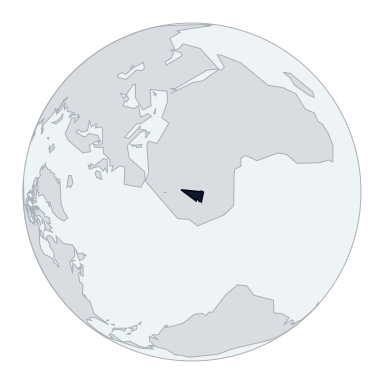 globe centered on Hodh ech Chargui, rotated 282°
{"feature_id": "MRT-2796", "entity_name": "Hodh ech Chargui", "entity_type": "Region", "adm_level": 1, "iso_a3": "MRT", "parent_name": "Mauritania", "parent_adm1": "", "projection": "orthographic", "projection_center": [-6.332, 19.309], "detail": "fine", "context": "on_globe", "style": "filled", "palette": "ink", "viewbox_px": 384, "rotation_deg": 282, "n_neighbors": 0, "source": "natural_earth", "source_scale": "10m", "svg_char_len": 10124}
<svg xmlns="http://www.w3.org/2000/svg" viewBox="0 0 384 384"><g transform="rotate(282 192 192)"><circle cx="192" cy="192" r="169" fill="#eef3f6" stroke="#a8b0b8"/><path d="M169.4,24.6L165.2,25.4L145.5,30.3L144.0,31.9L128.6,40.1L131.8,39.3L128.0,42.6L130.3,43.1L126.8,45.0L131.7,43.8L134.5,42.0L137.5,41.0L139.2,41.3L134.9,43.6L133.5,43.8L133.1,44.6L130.3,45.7L132.6,45.3L127.3,48.4L134.9,45.9L132.7,48.8L128.5,50.7L125.9,49.8L109.9,53.7L104.9,56.2L100.4,60.3L98.3,68.9L94.1,72.4L90.5,77.6L94.2,75.7L98.3,71.1L104.3,69.4L108.7,64.5L111.8,63.2L117.4,58.9L119.8,60.5L119.0,64.6L114.4,68.5L113.9,70.6L120.9,68.0L114.9,76.8L115.3,85.9L113.3,88.4L104.9,90.6L98.3,87.3L87.4,92.0L97.7,90.2L92.7,97.2L93.3,99.1L95.4,99.7L98.6,97.7L97.6,100.6L87.0,103.0L87.8,100.3L91.1,99.4L88.0,98.2L80.8,100.8L78.9,104.6L70.1,105.9L68.6,108.8L65.9,111.1L68.9,106.1L63.3,115.3L52.8,121.2L45.0,138.0L49.1,123.0L48.5,119.6L46.9,117.6L45.5,120.2L45.4,115.1L42.0,117.8L35.9,129.7L32.1,140.9L32.7,144.9L35.1,140.4L36.9,141.8L30.8,155.3L33.1,162.1L30.1,173.2L30.2,180.5L32.5,181.3L34.5,186.5L37.6,181.4L42.0,180.3L40.3,189.9L44.0,182.7L45.5,188.7L55.1,193.4L53.9,195.2L61.7,210.5L72.9,219.7L75.4,227.6L73.9,231.3L78.3,234.0L78.4,236.8L98.5,246.4L110.7,255.9L111.6,265.3L103.9,274.0L103.0,294.2L90.8,297.2L91.7,304.6L89.3,313.2L81.4,309.4L87.8,316.2L86.9,318.0L82.9,316.3L85.8,320.0L83.1,318.6L87.5,322.2L88.6,324.8L94.7,329.6L96.9,331.6L101.0,334.4L99.9,333.6L85.4,323.0L85.2,322.9L84.9,322.7L82.4,320.6L77.6,316.0L77.8,316.5L67.8,305.5L62.6,297.3L49.3,269.1L45.7,262.0L38.7,251.1L29.8,223.5L30.2,215.3L29.1,209.8L32.8,199.6L33.1,186.1L32.2,183.2L30.4,186.7L28.5,174.7L29.5,163.7L32.5,136.3L37.0,124.7L42.4,113.5L48.5,102.8L55.4,92.5L63.1,82.8L71.5,73.6L80.5,65.1L90.1,57.3L100.2,50.1L110.9,43.8L121.9,38.2L133.4,33.5L145.2,29.7L157.2,26.7L169.4,24.6ZM42.4,143.3L45.2,156.5L41.4,154.6L42.5,153.6L42.3,149.0L41.0,143.6L38.3,142.7L42.4,143.3ZM48.7,136.5L48.0,135.0L49.0,135.8L48.7,136.5ZM115.8,58.4L116.6,58.7L115.1,59.3L115.8,58.4ZM117.5,56.4L115.2,57.0L115.7,56.1L117.1,55.8L117.5,56.4ZM120.2,55.9L116.8,54.6L117.7,53.2L123.7,50.8L120.2,55.9ZM134.6,41.4L131.8,43.3L132.7,41.6L134.6,41.4ZM134.5,40.6L132.9,37.6L137.9,35.3L137.5,36.6L142.8,33.8L146.1,34.1L143.9,35.7L139.9,37.0L144.2,36.2L134.5,40.6ZM184.6,23.2L186.0,23.2L183.7,23.3L184.6,23.2ZM138.8,40.5L138.1,40.0L142.4,37.9L144.8,38.6L142.6,39.0L138.8,40.5ZM142.6,33.1L146.3,31.9L149.9,31.7L151.8,31.3L146.6,33.9L142.6,33.1ZM142.4,39.6L145.8,39.1L145.3,40.4L139.9,40.9L142.4,39.6ZM142.5,37.1L144.7,36.2L144.3,36.9L142.5,37.1ZM145.1,45.3L144.1,44.4L146.3,43.2L145.1,45.3ZM147.1,38.8L147.3,38.4L148.1,37.9L150.1,37.9L147.1,38.8ZM149.5,33.7L150.3,34.0L151.9,32.6L154.7,32.7L150.7,34.6L153.6,33.8L154.4,33.8L150.2,35.4L149.5,33.7ZM154.5,36.4L150.3,39.3L151.8,41.1L149.9,42.2L147.9,39.1L154.5,36.4ZM152.3,35.6L153.2,36.3L150.4,37.1L148.1,37.2L152.3,35.6ZM158.0,32.2L154.7,31.6L155.7,31.2L158.0,32.2ZM155.4,36.8L156.4,36.1L155.9,36.8L155.4,36.8ZM157.8,33.3L156.5,33.1L157.7,32.7L157.8,33.3ZM159.4,35.1L158.1,35.9L156.4,35.9L159.4,35.1ZM159.1,34.1L161.0,33.7L156.7,35.4L158.4,34.1L159.1,34.1ZM159.1,33.0L159.4,32.7L159.5,33.1L159.1,33.0ZM166.4,35.0L161.3,37.2L157.7,37.0L163.1,34.8L166.4,35.0ZM101.3,334.6L101.2,334.5L108.6,338.9L108.3,338.8L101.3,334.6ZM106.6,337.3L108.1,337.6L109.9,338.5L109.2,338.6L106.6,337.3ZM346.9,124.6L346.4,123.4L348.9,130.6L354.2,151.5L357.8,167.0L358.4,175.8L351.9,157.5L346.4,143.9L345.7,147.1L337.7,138.5L328.5,145.0L325.8,142.0L324.3,145.1L318.5,143.8L313.8,138.6L310.9,140.6L323.1,154.0L326.0,152.1L326.5,144.1L329.5,149.5L335.0,152.4L334.0,170.1L318.0,192.3L314.1,181.1L289.7,154.2L289.2,150.4L289.0,150.0L288.5,149.4L288.7,155.8L283.7,150.4L299.2,170.0L302.9,179.3L317.8,193.1L316.9,195.4L321.0,197.7L331.3,188.2L331.9,192.2L328.4,213.0L312.2,244.0L313.0,259.3L309.6,273.2L296.6,285.6L294.8,295.2L287.6,300.4L285.2,305.9L277.8,313.0L266.5,320.3L250.5,323.5L251.8,319.0L247.2,310.9L241.9,288.7L248.4,276.6L248.0,267.8L236.1,249.0L238.9,237.0L235.1,232.6L227.7,234.6L223.1,229.2L218.3,229.5L187.2,235.6L176.3,228.2L160.0,204.4L164.6,194.8L163.0,183.5L193.0,144.1L202.0,145.7L228.7,138.0L232.5,138.9L232.3,147.8L254.6,155.2L258.4,147.0L275.7,149.3L285.3,146.6L283.6,129.9L267.7,134.0L262.1,127.0L272.4,117.1L285.8,114.3L284.0,111.6L273.1,107.5L273.7,101.5L269.1,105.8L272.8,108.0L270.0,111.0L266.4,109.2L266.8,107.0L262.0,106.8L261.6,118.2L265.3,121.7L254.4,126.3L259.6,132.7L257.6,136.7L248.0,127.4L247.0,123.4L231.3,114.6L231.4,119.0L246.2,127.9L242.7,127.6L242.8,134.6L239.9,129.1L223.7,119.0L212.2,123.4L201.9,141.5L194.3,143.6L185.9,141.0L185.4,124.0L202.5,121.2L202.5,115.9L195.4,109.1L201.2,109.1L200.4,106.2L206.5,105.1L211.4,97.4L217.1,95.9L215.6,87.4L218.2,85.7L218.4,91.1L221.5,94.3L235.1,91.5L236.7,89.3L234.6,84.2L238.6,84.4L234.8,79.9L241.0,76.6L230.4,77.1L227.6,72.0L229.4,67.4L226.6,65.9L223.7,73.6L224.2,76.7L227.8,79.0L227.6,88.5L223.7,90.8L216.6,81.8L210.3,84.4L207.6,77.0L217.1,59.7L222.9,55.9L239.7,59.2L240.4,62.5L234.6,62.7L243.1,66.8L240.9,64.3L244.2,64.8L242.4,60.6L244.7,60.7L239.1,56.7L241.7,56.5L245.2,59.0L244.8,53.3L249.2,52.2L248.1,50.9L245.5,49.9L252.8,49.5L251.6,48.6L248.8,48.3L244.5,46.5L239.9,43.3L242.7,43.4L244.7,44.5L253.2,47.3L258.3,50.8L258.9,50.5L255.2,47.6L244.8,44.1L241.3,42.2L246.1,43.4L244.1,42.8L243.2,41.9L244.9,41.2L239.5,39.9L225.7,32.0L227.6,30.5L233.5,32.0L226.8,28.2L229.5,27.8L226.8,27.4L221.8,26.1L220.9,26.1L219.3,25.8L206.0,23.6L205.6,23.6L217.6,25.0L229.6,27.3L241.4,30.4L252.8,34.4L264.0,39.2L274.8,44.7L285.2,51.1L295.1,58.2L304.5,65.9L313.3,74.3L321.4,83.4L328.9,93.0L335.7,103.1L341.7,113.6L346.9,124.6ZM186.0,164.0L185.9,167.4L186.0,164.0ZM302.4,119.8L308.8,117.7L301.8,109.2L303.7,107.9L300.6,105.7L301.2,108.7L293.1,102.6L294.3,98.8L291.4,95.1L289.1,95.7L288.1,103.9L299.8,112.4L300.1,116.9L302.4,119.8ZM55.5,193.4L56.4,195.9L54.7,195.1L55.5,193.4ZM39.7,158.0L40.8,159.3L41.0,161.3L39.9,161.0L39.7,158.0ZM52.2,167.2L54.1,169.2L51.6,168.8L52.2,167.2ZM45.9,158.3L50.6,166.0L46.0,166.2L43.2,161.6L45.8,162.5L45.9,158.3ZM45.8,141.3L46.3,142.7L45.3,144.2L45.8,141.3ZM49.4,137.2L49.1,137.0L49.3,135.3L49.4,137.2ZM93.4,97.1L94.2,97.0L95.8,98.1L94.0,98.8L93.4,97.1ZM109.5,97.6L107.5,102.3L107.7,99.1L104.8,100.6L101.4,96.2L112.2,89.5L107.9,93.1L109.5,97.6ZM100.0,89.1L100.9,92.2L99.5,89.1L100.0,89.1ZM189.9,93.1L193.1,94.5L192.5,97.9L185.4,101.1L186.2,96.1L189.9,93.1ZM197.9,95.8L192.9,86.8L197.1,84.9L195.6,87.4L198.9,87.0L197.3,91.1L206.3,98.6L206.3,102.2L193.0,105.4L197.4,102.1L193.9,100.8L197.9,95.8ZM172.6,71.5L170.4,68.7L182.4,67.9L183.0,70.6L175.9,73.7L171.0,72.3L172.6,71.5ZM131.5,52.5L130.0,52.3L131.1,51.6L133.4,51.1L131.5,52.5ZM144.5,45.0L139.7,52.7L137.6,52.8L137.3,57.8L131.7,60.1L132.1,56.7L127.6,62.6L125.7,60.4L123.3,64.5L124.8,56.6L122.9,55.3L127.1,55.8L132.2,53.6L133.9,52.2L137.3,47.7L135.9,44.3L140.7,42.0L144.6,41.3L145.7,41.7L142.1,43.0L146.1,42.7L141.9,44.9L144.5,45.0ZM186.6,40.7L182.1,40.9L189.4,42.8L185.2,44.1L186.3,44.3L184.4,46.2L184.0,48.9L181.7,49.3L182.5,50.3L181.3,51.7L181.7,53.2L177.6,54.6L177.8,56.6L175.8,56.2L177.1,59.4L174.3,57.6L172.4,59.7L176.2,60.3L153.3,66.3L145.9,70.9L141.3,76.0L137.0,73.0L138.7,66.6L143.6,59.6L151.3,55.9L148.0,55.5L150.7,53.7L152.2,54.8L151.6,52.1L154.2,51.0L158.6,46.2L156.0,43.5L157.6,41.9L159.9,42.4L159.8,40.5L165.2,40.5L166.5,39.5L173.1,38.6L176.8,40.6L177.9,39.3L183.0,38.9L186.6,40.7ZM168.3,34.8L173.7,36.3L174.1,37.9L162.5,38.7L160.6,39.7L153.2,40.8L152.8,38.5L154.9,38.4L156.9,37.7L156.3,38.7L158.3,37.5L161.4,37.3L163.8,36.4L164.9,37.1L168.3,34.8ZM235.1,135.1L237.7,135.1L241.4,134.1L241.6,138.6L235.1,135.1ZM223.9,128.3L226.1,127.4L228.1,132.9L225.4,133.2L223.9,128.3ZM225.5,122.6L226.0,127.0L224.1,124.7L225.5,122.6ZM220.2,90.2L222.2,89.1L223.1,90.2L222.8,92.3L220.2,90.2ZM207.3,48.4L204.7,47.9L204.9,47.3L200.8,44.7L203.6,43.8L207.1,45.0L207.3,48.4ZM281.9,133.3L280.1,137.1L278.2,136.0L279.2,134.9L281.9,133.3ZM260.7,138.2L266.4,139.1L260.6,139.5L260.7,138.2ZM209.7,47.0L207.7,46.0L210.3,46.2L209.7,47.0ZM205.4,43.0L208.2,43.0L203.4,43.4L205.4,43.0ZM328.4,263.4L315.0,289.4L310.0,291.7L311.2,285.4L317.7,270.5L324.3,263.9L328.2,256.2L328.4,263.4ZM358.2,168.2L359.8,176.0L359.8,178.6L358.2,168.2ZM230.7,40.7L233.3,44.9L237.1,48.0L242.1,49.6L236.1,49.5L230.4,44.7L230.7,40.7ZM226.0,32.9L221.6,32.0L222.7,31.6L223.9,31.7L226.0,32.9ZM224.0,33.0L220.1,33.6L217.1,32.6L220.7,32.3L224.0,33.0ZM215.1,39.4L215.7,40.7L213.5,40.4L215.1,39.4ZM187.2,23.1L186.1,23.2L185.9,23.2L187.2,23.1ZM218.9,25.9L216.6,25.6L216.4,25.4L218.9,25.9ZM210.2,24.7L212.0,25.2L208.9,24.7L210.2,24.7ZM216.2,26.4L212.2,25.3L217.7,26.4L216.2,26.4Z" fill="#d9dde1" stroke="#a8b0b8" stroke-width="1"/><path d="M191.9,180.8L191.9,181.0L192.0,181.4L192.0,181.7L192.0,182.1L192.1,182.5L192.1,182.8L192.2,183.2L192.2,183.5L192.2,183.9L192.3,184.2L192.3,184.6L192.3,184.9L192.4,185.3L192.4,185.7L192.5,186.0L192.5,186.4L192.5,186.7L192.6,187.1L192.6,187.6L192.7,188.0L192.7,188.5L192.8,188.9L192.8,189.2L192.9,189.6L192.9,190.0L192.9,190.3L193.0,190.7L193.0,191.1L193.1,191.4L193.1,191.9L193.1,192.0L193.2,192.4L193.2,192.5L193.2,192.8L193.2,193.1L193.3,193.4L193.3,193.6L193.3,193.9L193.4,194.2L193.4,194.5L193.4,195.0L193.5,195.3L193.5,195.5L193.5,195.8L193.6,196.1L193.6,196.4L193.6,196.6L193.6,196.9L193.7,197.2L193.7,197.4L193.7,197.7L193.8,197.9L193.8,198.2L193.8,198.5L193.9,199.0L193.9,199.3L193.9,199.5L194.0,199.8L194.0,200.1L194.1,200.3L194.3,200.4L194.4,200.5L194.5,200.6L194.7,200.8L194.8,200.8L194.7,201.2L194.7,201.5L194.6,202.0L194.5,202.3L194.4,202.6L194.4,202.9L194.3,203.2L193.9,203.2L193.5,203.2L193.3,203.2L193.1,203.2L192.9,203.2L192.7,203.2L192.3,203.2L192.0,203.2L191.9,203.2L191.5,203.2L191.0,203.2L190.6,203.2L190.1,203.2L189.6,203.2L189.1,203.2L188.6,203.2L188.1,203.2L187.7,203.2L187.2,203.2L186.8,203.2L186.3,203.2L185.9,203.2L185.5,203.2L185.3,203.2L185.1,203.2L184.9,203.2L184.7,203.2L184.4,203.2L184.5,203.1L184.5,202.1L184.4,201.8L184.3,201.5L184.8,200.8L184.8,200.5L185.2,200.1L185.3,199.9L185.8,199.4L186.5,198.7L186.0,198.2L185.6,197.7L184.1,197.9L187.4,190.7L191.9,180.8L191.9,180.8Z" fill="#0f172a" stroke="#020617" stroke-width="1.5"/></g></svg>